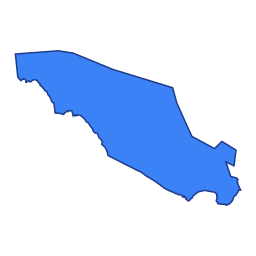 Melchor Ocampo, Zacatecas, Mexico (Equal Earth projection)
{"feature_id": "50627088B70074027244327", "entity_name": "Melchor Ocampo", "entity_type": "district", "adm_level": 2, "iso_a3": "MEX", "parent_name": "Mexico", "parent_adm1": "Zacatecas", "projection": "equal_earth", "projection_center": [-102.006, 24.9], "detail": "fine", "context": "isolated", "style": "filled", "palette": "blue", "viewbox_px": 256, "rotation_deg": 0, "n_neighbors": 0, "source": "geoboundaries", "source_scale": "gbopen_adm2", "svg_char_len": 5379}
<svg xmlns="http://www.w3.org/2000/svg" viewBox="0 0 256 256"><path d="M236.3,177.9L230.7,176.4L225.9,162.0L234.0,165.8L236.0,150.1L221.9,141.4L214.5,148.6L191.9,136.4L186.8,125.4L176.9,103.2L172.6,87.7L113.0,69.5L73.1,53.1L58.3,50.8L15.4,54.0L17.8,77.2L18.9,78.4L18.9,78.7L19.0,78.8L19.4,78.9L19.6,79.0L20.1,79.8L20.3,80.1L20.5,80.3L21.1,80.4L21.2,80.5L21.7,79.8L21.9,79.6L22.0,79.7L22.3,79.5L22.8,79.1L23.1,79.1L23.5,79.3L23.6,79.2L23.8,79.0L24.1,78.8L24.5,78.8L25.5,79.8L25.7,80.6L26.0,81.1L26.0,81.8L25.8,82.1L25.8,82.3L26.0,82.4L26.5,82.2L26.8,82.0L27.0,81.8L27.1,81.6L27.3,81.5L28.2,81.2L28.6,80.8L28.8,80.8L29.4,81.4L29.7,81.8L30.0,81.9L30.5,81.8L31.1,81.5L31.8,80.8L32.1,80.7L32.4,80.2L33.1,80.0L34.0,79.8L35.1,79.8L35.9,79.9L36.2,80.0L36.5,80.4L37.0,80.7L37.1,80.9L37.4,80.9L37.5,81.2L38.6,82.7L38.8,83.0L39.2,83.1L39.4,83.3L39.6,83.3L39.8,83.5L40.0,83.9L40.0,84.7L40.1,84.9L40.1,85.6L40.3,85.7L40.8,85.5L41.0,85.7L41.4,85.7L41.5,86.1L41.3,86.1L42.1,87.0L42.3,87.2L43.2,88.2L43.2,88.3L43.7,88.7L44.4,89.8L44.6,90.3L45.1,90.8L45.3,90.9L46.5,91.3L46.6,91.5L47.2,92.6L47.4,93.1L47.5,93.6L47.6,93.8L47.8,94.2L48.0,94.4L48.2,94.7L48.3,95.3L49.0,95.7L49.3,96.1L49.5,96.5L49.7,96.9L49.8,97.2L50.3,97.7L50.8,98.6L51.0,99.1L51.1,99.5L51.1,100.1L51.2,100.4L51.4,100.5L51.7,101.4L51.9,101.6L52.0,101.7L52.0,101.9L52.2,102.1L52.3,102.3L52.5,102.4L53.2,102.7L53.7,102.7L53.8,102.8L53.9,103.2L53.9,103.6L54.3,104.8L54.1,105.2L54.4,107.2L54.6,108.5L54.8,109.1L55.0,110.9L55.0,111.8L55.1,113.0L55.5,112.9L56.2,113.1L57.0,113.2L57.5,113.3L57.7,113.2L58.0,113.0L58.9,113.0L59.1,113.1L59.6,113.4L60.5,113.6L61.6,113.8L61.9,114.0L62.5,114.2L62.6,114.4L63.0,114.5L64.0,114.0L64.4,113.7L64.4,113.4L64.5,113.0L64.6,112.9L64.9,112.9L65.2,112.6L65.3,112.4L65.7,112.2L66.1,112.0L66.3,111.8L66.5,111.8L66.8,111.6L67.0,111.4L67.4,111.1L67.4,110.9L67.5,110.8L67.9,110.8L68.1,110.4L68.1,110.5L68.4,110.9L68.5,111.5L68.7,111.4L68.9,111.3L69.4,110.6L69.6,110.5L69.8,110.5L70.0,110.6L70.6,110.6L71.1,110.9L71.6,111.1L71.9,111.1L73.1,115.6L73.2,115.4L73.8,115.3L73.9,115.2L74.1,115.1L74.2,114.9L74.4,115.1L74.5,115.2L74.9,115.8L75.1,115.9L75.5,115.6L76.0,115.6L75.9,115.2L76.1,115.0L76.2,114.9L76.3,115.1L76.7,115.3L77.1,115.2L77.2,115.4L77.9,115.4L78.5,115.3L79.1,115.1L80.0,115.0L80.9,115.9L81.6,116.3L84.7,119.2L85.4,120.2L85.9,121.3L86.4,121.8L88.3,122.9L89.1,124.2L91.1,127.2L92.5,128.8L92.8,130.2L93.8,131.8L94.6,132.7L95.5,133.1L96.3,132.9L96.9,133.2L98.0,134.4L98.1,135.2L98.4,136.4L98.9,137.2L99.1,137.7L99.9,138.5L100.7,139.2L101.3,139.9L102.3,141.5L102.3,142.3L102.0,143.0L101.9,143.5L102.0,143.8L101.8,144.2L101.9,144.5L102.0,144.6L102.3,144.5L102.5,144.5L102.5,144.4L102.5,144.8L102.5,145.0L103.0,145.3L104.8,147.1L105.4,148.1L106.1,149.3L106.5,149.9L106.7,150.5L106.6,150.9L106.8,151.2L107.2,151.8L107.8,154.3L108.1,155.6L138.1,170.8L141.2,172.2L146.4,176.1L146.9,176.4L148.1,177.2L148.3,177.1L149.2,177.5L151.3,179.1L152.0,179.3L152.6,179.7L153.0,180.0L153.6,180.3L153.7,180.5L154.6,181.1L155.3,181.4L155.7,181.8L156.6,182.5L157.0,182.7L158.0,183.6L158.7,183.9L159.0,184.1L159.7,184.5L160.9,185.6L161.8,186.2L162.1,186.4L162.8,187.0L163.2,187.2L163.9,187.8L164.1,188.0L164.3,188.0L164.6,188.2L165.3,188.7L165.8,188.9L166.0,189.1L166.4,189.2L166.5,189.4L166.8,189.6L167.1,189.8L167.6,189.9L168.4,190.3L168.7,190.5L169.1,190.7L169.7,191.0L169.9,191.0L170.0,190.9L170.3,191.0L170.7,191.2L170.9,191.1L171.0,191.2L171.2,191.5L172.1,192.0L173.3,192.2L173.8,192.5L174.1,192.8L174.3,192.9L174.7,193.1L175.4,193.4L176.6,193.6L177.1,193.8L178.2,194.7L178.7,194.9L179.1,194.8L179.5,194.5L179.8,194.5L180.2,194.6L180.8,194.9L181.0,194.9L181.3,195.0L181.6,195.2L181.6,195.4L181.8,195.5L182.2,196.0L182.3,196.1L182.5,196.4L182.7,196.5L182.7,196.8L183.0,197.1L183.3,196.8L183.3,196.7L183.5,196.6L183.9,196.2L184.1,196.5L184.2,196.8L184.4,197.1L184.8,196.7L185.1,196.9L185.9,197.5L185.7,198.0L185.7,198.4L185.8,198.8L186.0,199.3L186.3,199.5L187.3,200.1L188.5,201.0L189.5,200.2L189.8,200.2L189.9,199.8L190.4,199.4L190.7,199.0L190.9,198.8L191.2,198.6L191.3,198.3L191.8,198.0L191.9,197.8L192.3,197.8L192.7,196.4L198.0,192.0L204.5,190.4L214.8,192.3L215.6,193.0L215.9,193.5L216.4,194.0L216.8,194.2L217.0,194.2L216.7,195.0L216.8,195.5L216.8,195.8L216.7,195.9L216.7,196.2L217.1,197.3L217.1,197.7L216.9,198.5L216.6,198.8L216.6,199.8L216.3,200.4L216.3,201.1L216.5,201.4L216.7,201.6L217.0,201.8L217.4,202.3L217.5,202.6L217.7,202.8L217.8,203.1L217.8,203.4L218.0,203.4L218.1,203.7L218.6,203.8L218.9,203.9L219.1,203.8L219.3,203.9L219.5,203.8L220.0,203.9L220.3,203.7L220.5,203.9L220.6,204.1L226.2,204.5L226.2,205.2L228.0,204.5L228.7,204.4L229.0,204.2L230.2,203.2L230.4,203.0L230.6,202.8L231.2,202.2L231.6,201.7L231.8,201.4L232.2,200.8L232.4,200.5L233.1,199.3L233.3,198.7L233.4,198.4L233.5,197.9L233.5,197.5L233.7,197.1L234.4,196.1L234.9,195.9L235.0,195.6L235.3,195.5L235.5,195.4L235.9,195.2L236.2,194.4L236.5,194.0L236.8,193.6L237.1,193.0L237.5,192.7L238.1,191.7L238.3,191.2L238.4,190.8L238.7,189.9L239.8,190.1L240.6,190.1L240.5,189.8L240.5,189.7L240.4,189.6L240.2,189.1L240.0,188.7L239.4,187.6L239.2,187.3L239.2,186.8L238.8,186.3L238.8,186.1L238.3,185.2L237.8,183.7L237.7,183.0L237.8,182.8L237.7,182.5L237.5,182.1L237.3,182.0L237.2,181.6L237.4,180.8L237.4,180.5L237.3,180.4L237.3,180.2L237.5,180.1L237.8,179.6L237.6,179.6L237.5,179.4L236.9,178.1L236.3,177.9Z" fill="#3b82f6" stroke="#1e3a8a" stroke-width="1.5"/></svg>